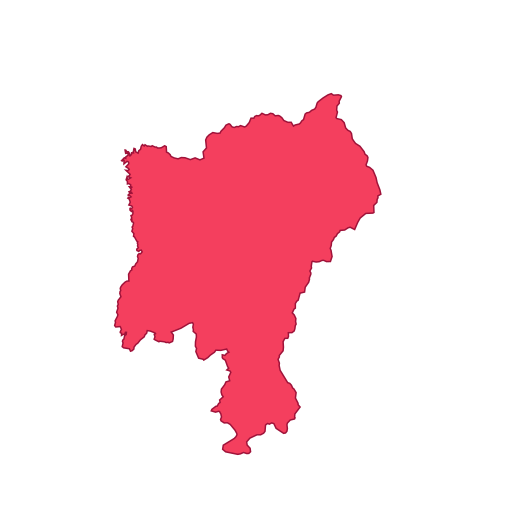 Tosing, Quthing, Lesotho, rotated 235°
{"feature_id": "5366337B57402845150405", "entity_name": "Tosing", "entity_type": "district", "adm_level": 2, "iso_a3": "LSO", "parent_name": "Lesotho", "parent_adm1": "Quthing", "projection": "albers", "projection_center": [28.037, -30.451], "detail": "fine", "context": "isolated", "style": "filled", "palette": "rose", "viewbox_px": 512, "rotation_deg": 235, "n_neighbors": 0, "source": "geoboundaries", "source_scale": "gbopen_adm2", "svg_char_len": 6145}
<svg xmlns="http://www.w3.org/2000/svg" viewBox="0 0 512 512"><g transform="rotate(235 256 256)"><path d="M235.0,393.7L239.1,395.4L246.7,397.3L251.4,399.3L259.2,401.0L263.4,399.9L266.1,398.1L267.6,398.5L269.9,401.8L272.5,404.2L274.3,404.5L276.9,403.7L279.5,404.4L286.3,404.1L291.1,402.1L293.7,402.0L296.8,402.1L301.6,404.5L304.0,404.6L306.4,403.3L309.5,402.9L314.7,404.7L318.8,404.1L322.1,401.1L323.4,400.9L327.2,405.3L329.2,405.7L332.4,408.3L333.4,411.9L335.1,412.9L337.5,417.4L338.7,417.6L340.8,415.9L343.3,411.7L345.8,410.8L346.7,407.4L347.0,401.6L346.7,395.4L346.2,393.8L343.5,390.4L342.7,388.3L343.4,385.1L343.1,382.1L344.2,379.6L344.1,377.7L340.5,373.2L340.4,370.9L339.5,368.8L339.3,367.2L340.9,363.1L340.9,361.2L345.4,361.5L347.2,358.8L351.0,356.5L354.5,356.5L357.1,355.7L358.4,354.8L359.8,352.1L362.9,351.4L364.6,349.7L364.9,346.7L366.2,344.6L369.5,342.7L369.1,339.6L369.6,338.1L370.7,337.0L371.0,334.9L370.1,333.3L371.8,331.0L369.2,327.0L368.0,322.5L368.2,320.7L371.7,318.1L371.9,315.9L373.3,314.2L373.6,312.2L374.6,311.1L375.7,310.4L378.6,310.3L379.8,309.7L380.1,308.5L380.4,306.4L379.2,303.7L378.3,298.9L377.3,297.0L378.7,294.5L381.9,291.4L382.1,287.1L381.5,283.9L379.9,281.3L372.9,277.4L371.7,272.4L366.0,269.5L366.9,265.2L371.3,262.4L372.6,257.5L377.2,254.2L379.5,251.3L380.3,247.9L383.3,245.2L386.3,243.5L388.3,243.8L390.7,243.3L392.4,242.3L397.1,245.2L398.7,244.4L399.0,240.5L400.0,238.6L401.1,237.2L402.3,237.0L403.1,235.8L405.9,234.2L405.8,233.0L408.1,230.6L408.1,230.0L410.8,228.9L410.3,227.5L412.4,226.9L411.7,224.9L409.6,222.6L409.5,220.4L407.9,218.4L410.4,217.2L412.9,218.5L414.1,217.8L413.4,216.9L412.5,216.8L412.2,215.5L410.7,214.8L411.9,213.3L410.9,212.6L410.2,210.7L410.4,210.0L411.6,210.0L412.0,211.1L414.5,211.3L415.6,210.0L417.5,210.0L417.9,209.5L414.8,208.1L413.8,209.9L412.8,210.1L411.9,208.3L411.9,206.3L410.7,205.3L412.0,204.5L411.2,200.6L410.5,200.9L410.4,202.6L410.0,202.8L407.2,200.7L407.5,204.7L406.3,205.4L405.1,205.1L404.4,204.3L403.7,200.6L400.8,201.8L399.6,201.7L399.5,200.0L400.8,198.6L395.1,199.7L394.5,198.5L394.6,196.5L391.9,198.2L392.1,195.2L392.8,194.8L394.6,195.5L392.9,193.3L390.9,193.5L388.8,192.0L388.3,193.3L386.2,194.2L385.0,193.2L383.6,193.8L383.4,193.0L384.9,192.6L385.4,191.9L381.9,192.0L381.2,190.2L381.5,188.8L380.6,188.8L379.6,190.6L378.6,190.4L379.7,188.7L379.3,186.2L378.7,186.0L378.0,187.2L376.1,187.6L376.2,186.2L377.1,185.0L376.9,184.2L375.5,184.8L372.2,183.9L370.7,181.1L368.3,182.9L366.8,182.8L366.0,181.2L366.3,180.6L367.3,180.4L367.0,179.8L365.7,179.1L364.0,179.5L363.7,179.7L364.1,180.8L363.4,180.9L361.2,179.4L360.4,177.7L360.8,176.8L358.3,176.0L357.7,174.5L356.8,174.3L356.6,174.9L355.4,174.0L353.9,174.8L353.2,174.6L351.0,172.1L350.8,171.1L349.1,170.7L347.5,168.5L344.4,168.8L342.3,166.9L341.4,167.4L336.6,166.9L335.4,167.3L334.7,166.2L333.1,165.8L332.2,164.7L330.3,164.4L330.0,162.2L328.8,161.6L327.0,162.6L327.3,163.9L326.6,165.4L324.7,165.1L324.0,162.7L325.0,161.6L324.7,159.9L323.5,158.6L321.7,158.2L319.2,155.6L318.5,152.9L317.3,151.0L317.9,148.6L317.1,147.1L315.8,146.2L315.9,144.7L314.2,141.2L308.4,137.5L309.5,135.8L309.7,133.8L309.1,129.8L308.1,127.3L307.3,126.2L305.2,125.3L304.8,124.2L303.3,122.9L300.1,122.0L298.8,117.8L297.9,116.5L295.4,115.4L294.5,113.7L292.5,113.1L289.9,109.6L287.2,109.2L286.1,108.0L283.7,103.4L282.2,102.8L280.1,100.3L278.3,100.4L276.1,104.3L273.1,103.7L271.6,101.1L270.9,100.9L269.8,101.6L268.1,100.3L268.0,102.3L267.2,103.4L268.4,105.3L267.8,106.1L266.1,104.6L266.1,102.7L263.7,100.1L263.6,98.9L262.8,97.7L261.0,97.2L258.5,94.4L256.7,94.9L252.6,99.1L250.0,98.6L249.5,100.2L249.8,102.5L251.3,103.8L252.4,107.0L252.4,109.2L253.6,113.1L253.9,118.1L255.0,119.6L255.5,122.2L257.3,124.1L255.1,126.4L251.0,129.1L250.0,129.1L250.2,127.7L247.7,126.9L246.3,124.8L245.2,125.2L241.4,127.3L241.4,128.3L238.1,131.9L236.7,132.7L235.6,134.6L234.6,135.0L233.9,138.6L235.5,140.5L238.7,143.0L242.3,142.9L239.9,153.1L239.2,162.6L237.8,165.8L236.1,165.6L233.9,163.4L231.5,162.4L230.3,161.3L226.3,162.3L223.8,160.7L220.4,157.2L216.9,154.6L214.4,154.3L212.2,151.9L205.2,150.4L201.7,153.5L200.7,153.5L200.4,158.2L201.0,161.7L201.0,166.8L201.9,169.1L198.9,173.0L196.6,178.6L194.4,178.2L192.8,178.6L193.0,175.8L192.4,173.5L194.4,171.7L192.1,170.1L191.0,170.0L188.2,171.1L181.6,169.3L179.8,169.3L179.4,166.7L176.9,168.7L175.2,168.7L172.6,164.3L168.9,162.9L170.1,159.2L168.5,156.5L166.8,151.3L164.6,149.4L161.8,148.4L159.5,148.4L158.9,143.6L156.6,142.6L156.6,140.8L155.3,138.2L155.9,136.9L155.7,131.9L154.8,130.5L151.3,133.3L150.2,136.4L149.5,136.9L146.7,136.6L143.9,135.4L142.4,133.2L141.0,132.8L137.5,134.2L135.8,136.9L132.8,138.3L125.3,138.9L121.8,138.5L120.5,137.9L119.5,136.0L119.0,133.5L119.8,120.7L116.8,117.8L113.0,118.8L104.0,127.3L102.9,129.7L102.2,133.1L99.4,135.2L98.4,136.9L98.8,139.3L101.9,140.9L106.2,140.3L109.1,141.7L110.3,146.6L109.0,154.2L106.9,157.2L106.5,160.6L107.2,162.8L111.9,166.7L112.2,167.7L112.1,169.5L110.6,170.5L110.3,173.1L108.5,174.5L103.3,173.6L94.9,176.9L94.1,178.7L94.7,180.8L96.6,182.7L100.1,184.6L101.2,186.0L102.0,190.0L100.4,194.1L101.1,195.2L101.7,195.1L104.3,197.2L107.0,205.5L110.0,205.2L111.3,206.0L117.0,206.8L121.1,210.5L125.4,210.8L126.9,210.3L129.9,210.9L132.3,210.6L134.1,209.3L148.5,210.2L153.1,212.2L154.8,213.7L158.7,214.8L159.9,217.2L161.2,218.1L162.8,223.8L165.6,226.2L170.2,229.0L172.0,232.3L170.4,234.8L171.5,236.5L174.6,238.5L172.6,241.5L172.7,244.3L174.1,246.1L176.4,248.2L177.2,249.8L179.7,250.9L181.9,252.8L185.8,253.5L188.6,253.1L190.7,256.7L190.7,258.3L194.5,261.0L195.6,263.4L195.6,265.2L200.3,270.8L198.6,275.1L202.2,278.4L204.3,284.1L206.2,286.4L207.4,287.1L209.6,290.4L210.6,291.2L212.8,291.5L214.3,294.6L215.9,295.4L219.1,298.4L219.3,299.2L216.6,301.8L215.1,304.5L214.5,307.6L213.7,308.9L210.9,310.6L208.8,313.8L211.9,318.0L217.6,320.7L219.6,321.1L221.4,323.6L224.1,325.9L225.0,328.8L226.3,330.8L226.3,333.0L227.6,335.5L227.8,338.3L228.7,339.6L226.4,343.6L226.3,347.5L225.6,349.6L221.1,352.0L225.2,358.6L227.3,363.0L227.5,364.8L227.9,370.4L224.1,376.4L224.0,377.6L229.9,381.4L230.6,385.8L232.9,387.7L233.7,389.3L235.3,390.2L235.0,393.7Z" fill="#f43f5e" stroke="#9f1239" stroke-width="1.5"/></g></svg>